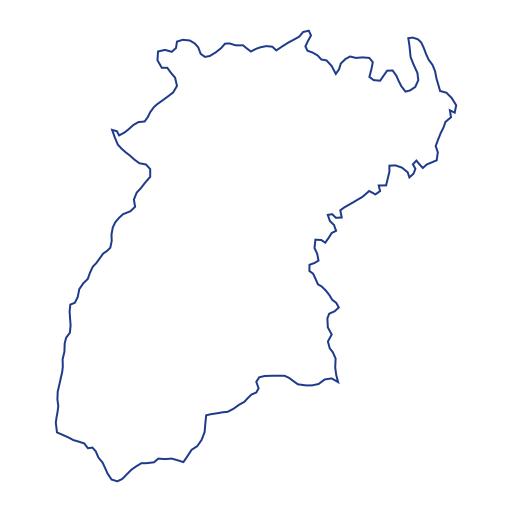 Francisco Badaró, Minas Gerais, Brazil
{"feature_id": "56859067B77036534058100", "entity_name": "Francisco Badaró", "entity_type": "district", "adm_level": 2, "iso_a3": "BRA", "parent_name": "Brazil", "parent_adm1": "Minas Gerais", "projection": "natural_earth1", "projection_center": [-42.293, -16.987], "detail": "fine", "context": "isolated", "style": "outline", "palette": "blue", "viewbox_px": 512, "rotation_deg": 0, "n_neighbors": 0, "source": "geoboundaries", "source_scale": "gbopen_adm2", "svg_char_len": 3502}
<svg xmlns="http://www.w3.org/2000/svg" viewBox="0 0 512 512"><path d="M409.4,45.3L410.1,52.1L410.6,57.1L413.5,64.4L417.4,72.9L418.3,80.1L415.3,86.9L409.9,90.5L405.5,91.6L401.3,86.2L398.5,80.6L396.3,75.6L392.6,70.5L387.1,70.7L384.0,75.1L380.1,80.7L373.6,80.1L369.4,76.9L371.5,68.8L372.8,62.2L369.3,57.9L362.6,57.4L355.8,57.9L350.1,56.5L345.6,58.9L340.8,63.5L339.1,69.2L335.8,73.9L331.6,65.9L326.5,60.4L321.3,59.5L317.7,55.5L312.7,52.6L307.5,50.7L305.4,46.4L307.9,41.1L311.0,35.5L308.8,30.7L303.1,32.0L299.3,36.6L294.5,39.3L288.6,42.4L281.8,46.7L276.3,50.4L272.3,46.7L266.3,46.1L260.4,47.3L256.1,48.8L250.9,51.5L246.9,48.5L243.0,45.3L235.7,45.3L229.3,43.4L225.0,43.7L220.9,48.3L215.7,52.4L209.8,56.0L205.0,56.9L200.7,53.9L198.2,47.3L194.7,43.4L189.8,40.5L182.7,39.8L177.0,41.6L176.0,48.0L171.8,51.8L165.0,49.9L158.0,51.5L157.5,60.3L161.8,67.8L167.3,67.8L170.6,72.4L175.1,77.7L177.0,85.9L173.2,92.4L168.0,96.4L162.5,100.4L157.3,104.1L153.9,107.1L150.2,112.2L147.8,117.1L144.6,121.5L138.4,122.1L133.2,125.1L128.7,129.2L124.5,132.5L119.1,135.4L116.9,131.2L112.1,129.9L114.8,137.4L117.8,144.6L121.9,149.0L126.0,152.6L129.9,155.5L134.4,159.6L139.3,163.2L146.0,164.5L150.2,169.1L150.2,176.8L144.6,183.3L141.2,187.8L136.7,192.6L133.9,199.6L135.1,206.8L130.3,211.3L123.0,214.2L118.9,218.0L115.3,222.2L112.8,227.4L111.5,234.5L111.7,241.0L110.3,247.7L107.1,250.9L103.1,253.6L99.7,258.4L96.2,263.2L92.8,266.7L89.9,272.9L87.8,278.9L83.3,283.3L79.3,289.1L77.7,297.1L74.8,302.8L70.3,304.6L69.6,311.6L70.1,319.0L70.6,325.3L69.9,332.7L66.1,337.8L64.7,343.4L64.4,351.9L62.6,359.2L62.8,366.6L62.2,372.0L61.0,377.1L59.5,384.0L57.7,391.7L57.4,399.5L58.3,406.0L57.6,411.6L56.5,417.6L55.8,422.8L57.0,432.4L62.5,434.8L68.3,437.4L73.4,440.1L78.3,441.5L84.2,443.4L87.9,448.2L92.4,447.6L95.7,451.2L98.5,457.7L102.6,462.6L104.9,467.6L107.6,473.6L111.5,479.5L117.3,481.3L122.2,479.0L127.2,473.9L131.5,469.6L136.6,466.1L141.4,463.2L146.3,463.2L154.0,462.3L158.3,458.6L165.0,459.1L171.7,458.6L177.1,460.1L183.4,462.1L186.9,457.0L191.6,449.8L197.3,446.1L201.6,439.9L204.6,432.1L205.4,422.8L206.2,415.3L210.9,414.2L217.5,413.2L222.7,412.3L227.7,411.8L233.6,408.7L239.3,404.6L244.3,401.9L247.7,398.2L251.5,394.5L256.3,392.5L258.6,388.3L256.3,381.8L259.2,377.3L264.6,376.0L270.9,375.8L277.2,375.7L284.7,375.8L289.1,377.9L292.7,380.6L297.9,384.3L305.9,385.4L312.0,385.4L318.6,384.0L324.6,379.5L331.7,378.4L338.1,382.1L336.2,374.9L335.2,367.4L335.6,358.6L332.9,352.4L329.7,348.2L327.9,341.5L331.7,334.5L327.8,327.3L327.4,318.3L329.2,313.7L334.6,311.3L338.8,307.5L336.2,302.8L332.2,299.8L329.4,295.1L325.6,290.3L321.7,286.5L317.9,284.3L315.6,279.0L313.1,273.7L309.4,271.0L309.5,264.8L314.7,262.9L318.5,260.6L317.2,253.8L314.5,248.0L315.4,239.7L321.3,240.0L325.2,242.7L328.3,238.4L331.7,233.0L336.1,230.8L334.0,225.0L329.9,221.0L327.8,214.9L332.2,214.2L335.9,217.8L341.7,217.5L340.3,210.3L344.3,207.4L348.5,205.0L352.9,202.5L356.9,200.1L362.4,196.9L369.2,191.0L375.4,194.4L380.1,191.1L378.7,185.5L386.1,185.4L387.7,178.7L389.4,171.7L389.4,165.7L395.4,165.4L401.9,167.6L407.7,172.3L409.4,177.4L413.5,173.7L415.4,168.8L412.9,164.3L416.4,160.6L419.6,164.5L422.8,168.0L426.7,164.5L431.0,162.7L436.7,160.3L437.8,152.3L435.7,146.1L437.8,140.3L440.6,133.3L443.5,127.5L445.5,121.8L451.0,117.3L449.9,110.3L454.7,112.7L456.2,105.3L451.7,98.0L446.4,92.7L440.1,91.0L437.8,83.0L436.4,78.2L435.1,71.3L432.5,64.9L428.6,59.6L426.0,53.9L423.8,48.0L421.2,42.4L417.9,39.3L412.8,37.6L408.3,38.2L409.4,45.3Z" fill="none" stroke="#1e3a8a" stroke-width="2"/></svg>